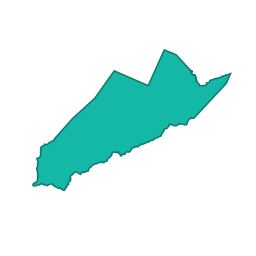 outline of Jimi District, Western Highlands, Papua New Guinea, rotated 114°
{"feature_id": "67681753B26573357069197", "entity_name": "Jimi District", "entity_type": "district", "adm_level": 2, "iso_a3": "PNG", "parent_name": "Papua New Guinea", "parent_adm1": "Western Highlands", "projection": "albers", "projection_center": [144.768, -5.523], "detail": "fine", "context": "isolated", "style": "filled", "palette": "teal", "viewbox_px": 256, "rotation_deg": 114, "n_neighbors": 0, "source": "geoboundaries", "source_scale": "gbopen_adm2", "svg_char_len": 5906}
<svg xmlns="http://www.w3.org/2000/svg" viewBox="0 0 256 256"><g transform="rotate(114 128 128)"><path d="M81.4,163.8L114.5,170.5L141.8,182.5L167.7,190.7L168.6,190.4L168.8,190.4L170.1,191.3L170.5,191.4L170.9,192.2L171.6,192.5L172.1,192.7L172.5,193.0L172.8,193.4L173.3,193.7L173.8,194.3L174.3,194.4L174.6,194.4L175.0,194.7L175.4,194.8L175.9,195.3L176.2,195.6L176.5,196.2L176.6,196.7L176.6,197.3L176.7,197.5L176.8,197.4L177.7,197.3L178.0,197.5L178.5,198.2L178.9,198.3L179.2,198.8L179.7,199.2L180.2,199.5L180.8,199.6L181.2,199.3L181.4,199.3L181.6,199.4L181.9,199.6L182.2,199.5L182.9,199.0L183.2,198.7L183.3,198.1L184.5,198.5L186.0,198.0L186.4,197.4L187.1,197.4L187.4,197.1L187.8,197.0L188.5,197.0L189.3,196.3L189.6,196.2L189.8,196.5L190.2,196.7L190.5,197.0L191.2,197.1L191.7,197.3L192.1,197.7L192.3,198.2L192.5,198.7L192.8,199.0L193.1,198.9L193.7,198.0L194.1,197.7L195.0,197.0L196.0,195.8L196.3,195.9L197.2,196.3L197.4,196.1L198.2,195.7L198.7,195.5L199.5,195.2L200.0,195.2L200.5,194.9L201.3,195.0L202.2,194.9L202.8,194.5L203.2,194.4L203.4,194.1L203.9,193.9L204.1,193.5L204.7,192.8L205.5,192.4L205.9,191.9L206.2,191.7L206.5,191.9L206.9,191.7L207.5,191.7L207.9,191.1L208.6,190.5L209.4,190.8L209.8,190.4L212.6,189.6L213.4,189.4L213.8,189.5L215.4,190.2L216.9,191.6L217.2,191.6L217.7,191.8L218.1,191.9L218.6,191.6L219.2,191.1L219.4,191.0L218.6,189.6L218.3,188.8L218.0,188.1L217.3,187.9L216.6,187.5L216.4,186.7L216.0,185.7L215.1,185.0L214.2,184.6L213.8,184.5L213.6,184.1L213.7,183.9L214.1,183.0L214.2,182.1L214.1,181.8L213.8,180.5L213.6,179.8L213.6,179.1L213.5,178.5L213.4,178.1L213.2,178.1L212.6,178.1L211.7,176.9L210.1,175.4L210.1,175.0L210.1,174.3L210.4,174.1L210.6,173.3L210.8,172.7L210.9,172.1L211.3,171.4L211.2,171.1L211.1,170.8L210.9,170.0L211.1,169.1L211.3,168.6L211.3,167.1L211.1,166.7L210.7,166.3L210.6,165.4L210.5,165.0L210.7,164.4L211.0,163.9L211.1,163.5L210.9,163.1L211.2,162.1L211.2,161.7L210.7,160.8L210.5,160.6L210.2,160.6L209.7,160.8L208.3,160.7L208.1,160.4L207.9,160.3L207.6,160.1L207.4,160.0L207.0,160.1L206.8,160.3L206.5,160.5L206.1,160.2L205.5,160.4L204.8,160.1L204.6,159.7L203.9,159.4L203.2,159.9L202.7,159.8L201.9,160.0L201.5,159.9L201.2,159.9L200.6,159.7L199.8,159.2L199.2,159.2L198.1,159.6L197.4,159.7L197.2,160.5L196.2,161.0L194.2,160.5L193.5,160.2L193.3,159.8L193.0,159.7L192.7,159.4L191.8,159.4L191.1,159.2L190.8,159.1L190.3,158.8L190.0,158.8L189.8,158.6L189.9,158.3L189.6,158.1L189.2,157.7L188.8,157.4L189.0,156.5L189.6,155.3L189.5,155.1L189.4,154.7L189.6,154.0L189.6,153.4L189.8,152.6L189.2,152.4L188.7,152.5L188.4,152.4L187.8,151.8L187.2,151.9L186.7,151.6L186.4,151.5L186.3,149.7L185.9,149.6L185.7,149.3L184.9,148.9L184.5,148.1L184.2,147.9L184.0,147.5L183.5,146.8L183.1,146.8L182.9,147.0L182.5,147.0L182.0,147.0L181.5,147.1L181.1,147.2L180.6,147.0L180.0,147.0L179.8,146.6L179.5,146.5L179.1,146.4L178.8,146.3L178.7,146.0L178.1,146.1L177.5,145.8L176.9,145.7L176.3,145.2L175.7,144.7L175.3,144.2L174.8,144.2L174.1,143.7L174.1,143.4L173.6,142.6L172.9,141.5L172.4,141.3L172.2,141.0L171.7,140.8L171.0,139.8L170.5,139.2L170.1,138.7L169.7,137.9L169.8,137.6L169.9,137.3L169.6,136.5L169.6,136.1L169.6,135.9L168.4,135.5L168.0,135.2L167.4,134.6L167.0,133.9L166.8,133.8L166.2,133.9L165.8,133.8L165.3,133.9L164.8,134.2L164.5,134.3L163.9,133.7L163.3,133.3L162.4,132.8L161.7,132.5L161.0,132.7L160.8,132.4L160.7,132.2L160.2,132.2L159.8,131.9L159.2,131.8L158.6,132.2L158.1,132.3L157.0,132.1L156.5,132.2L155.8,131.7L155.9,131.3L155.8,130.7L155.5,130.4L155.4,130.0L155.2,129.8L155.2,129.3L155.0,129.1L155.1,128.8L155.0,128.5L155.0,128.2L154.7,127.8L153.6,127.5L153.8,127.2L154.6,126.5L155.1,125.6L155.0,125.2L155.4,124.3L155.8,123.6L156.1,123.5L156.6,123.6L156.6,123.4L156.1,123.2L155.9,122.9L155.6,122.7L155.1,122.6L153.8,121.9L153.6,121.7L153.8,121.2L153.9,120.9L153.7,120.5L153.4,120.2L152.5,120.3L151.8,120.1L151.5,120.2L151.1,120.1L150.6,119.6L150.3,119.3L150.1,118.9L150.0,118.4L149.8,117.8L149.6,117.3L149.2,116.8L148.6,116.6L146.5,116.3L145.5,116.2L145.2,116.3L144.9,116.2L144.7,115.9L144.2,115.6L143.6,114.7L143.1,114.4L142.8,113.9L142.6,113.8L142.1,113.8L141.8,113.6L141.6,113.3L141.4,111.8L141.1,111.2L140.8,110.9L140.3,110.8L139.7,110.7L139.4,110.6L138.8,110.0L137.9,109.7L137.3,109.5L137.0,109.2L137.3,108.3L136.9,108.1L136.6,107.8L136.1,107.1L135.7,106.9L135.1,106.2L134.4,105.8L133.8,105.2L133.3,104.9L133.0,104.4L132.7,103.8L132.2,103.5L131.7,103.3L131.0,102.5L130.6,102.6L130.0,101.9L129.4,101.4L129.2,100.7L129.0,100.3L128.4,100.0L127.8,99.5L127.2,99.5L126.6,99.1L126.1,98.6L125.3,97.7L124.7,97.2L124.0,96.5L123.6,96.4L122.8,95.8L122.1,94.8L121.6,94.5L121.0,94.5L120.6,94.7L120.1,94.9L119.4,94.7L118.8,94.7L117.7,94.4L115.5,94.1L115.2,94.2L114.8,94.6L114.6,94.6L113.6,93.6L112.1,92.1L111.9,91.9L111.4,91.9L110.4,91.9L109.6,91.6L109.2,91.3L108.8,91.8L108.3,92.1L107.9,91.9L107.5,91.3L107.2,90.8L107.5,89.7L107.4,89.2L107.1,87.7L107.2,86.4L106.5,85.6L106.3,85.0L106.2,84.7L105.0,83.8L104.3,83.4L103.7,83.3L103.3,83.0L103.5,82.7L103.5,82.4L103.3,81.9L102.8,81.4L102.4,80.9L102.3,80.5L102.2,79.9L102.3,79.1L102.1,78.3L102.0,77.4L101.8,76.7L101.5,76.3L101.2,76.1L100.4,75.8L98.4,76.0L96.4,76.1L96.1,75.8L95.5,75.7L94.8,75.3L93.7,74.7L93.5,74.8L93.3,74.8L93.1,74.2L93.2,73.8L93.2,73.5L92.0,71.7L81.1,68.0L47.4,56.4L37.8,56.4L36.6,56.4L38.4,58.3L38.9,58.6L39.5,59.5L39.8,60.5L40.7,60.6L41.8,61.7L42.1,62.8L42.8,63.1L43.8,64.0L44.6,64.5L45.9,65.9L46.2,66.9L46.9,67.4L47.2,68.3L48.7,69.6L49.7,70.6L50.8,72.1L51.4,72.5L52.8,72.3L53.9,72.9L54.9,74.6L55.8,74.0L56.9,73.9L57.6,75.2L58.4,75.4L58.7,76.5L59.3,78.0L60.3,79.8L59.0,80.9L58.3,82.9L57.7,83.4L57.9,84.0L57.6,84.8L56.4,84.6L56.1,85.7L55.3,85.8L55.1,86.3L54.0,86.2L54.1,86.8L53.4,87.1L52.6,87.8L52.2,88.8L52.5,89.4L52.8,89.2L53.2,91.0L52.7,91.0L52.1,91.8L51.7,92.7L51.0,93.1L50.8,92.8L50.5,93.0L50.3,92.2L49.9,92.5L49.7,93.7L50.0,94.3L41.5,113.9L41.9,126.6L81.1,126.8L81.4,163.8Z" fill="#14b8a6" stroke="#0f766e" stroke-width="1.5"/></g></svg>